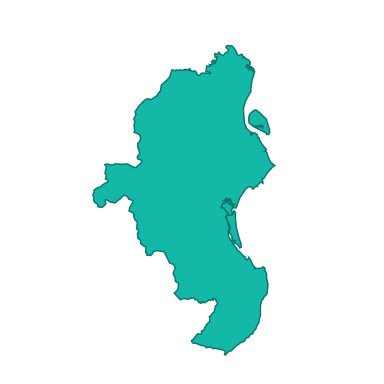 Muisne, Esmeraldas, Ecuador, rotated 193°
{"feature_id": "8360857B78809265584676", "entity_name": "Muisne", "entity_type": "district", "adm_level": 2, "iso_a3": "ECU", "parent_name": "Ecuador", "parent_adm1": "Esmeraldas", "projection": "albers", "projection_center": [-79.984, 0.54], "detail": "fine", "context": "isolated", "style": "filled", "palette": "teal", "viewbox_px": 384, "rotation_deg": 193, "n_neighbors": 0, "source": "geoboundaries", "source_scale": "gbopen_adm2", "svg_char_len": 6082}
<svg xmlns="http://www.w3.org/2000/svg" viewBox="0 0 384 384"><g transform="rotate(193 192 192)"><path d="M157.6,45.0L153.4,45.4L148.1,44.5L146.6,45.0L144.4,44.5L142.9,43.4L141.7,44.4L138.2,45.0L136.5,44.1L134.7,44.9L126.1,45.1L124.1,44.5L123.5,43.2L124.0,41.6L123.4,40.7L122.8,40.9L120.4,44.9L118.0,46.1L114.0,52.7L113.2,53.0L111.1,55.8L107.5,58.3L106.5,61.6L104.1,63.3L103.2,66.0L101.9,67.6L101.0,67.4L100.4,70.6L98.9,73.2L98.8,75.8L97.4,80.0L97.9,83.6L97.5,86.9L99.9,97.1L99.5,102.9L98.4,104.0L98.3,106.0L96.2,108.9L96.1,110.4L97.1,118.6L100.2,125.6L100.9,129.1L102.8,131.5L103.3,131.7L103.8,131.0L103.4,132.7L104.0,134.4L103.6,134.8L104.7,134.3L106.1,135.1L106.9,133.4L113.6,131.6L113.1,132.3L116.3,134.5L118.5,137.8L122.0,141.1L122.2,139.0L123.7,138.3L126.0,140.9L127.5,141.3L133.0,145.0L135.0,145.6L135.4,146.8L138.5,149.1L139.9,151.1L141.4,149.6L140.4,151.5L144.7,154.8L146.6,157.2L147.9,162.3L147.4,165.4L148.9,167.2L150.7,171.5L153.7,175.3L153.4,176.7L151.7,177.8L151.9,178.8L155.5,181.4L157.1,183.4L159.6,183.0L159.9,183.3L160.0,184.0L159.3,188.3L158.8,188.8L157.2,189.0L157.1,191.3L155.7,191.7L156.9,193.2L158.3,191.2L159.1,190.7L159.5,190.8L158.3,191.6L157.0,193.8L155.3,192.4L154.4,193.0L154.6,194.3L154.3,193.6L153.5,194.0L149.4,188.8L147.9,189.4L148.8,188.1L148.1,186.1L146.0,186.1L145.4,186.6L144.2,196.9L140.2,207.3L138.2,209.7L136.4,210.3L134.9,210.0L133.2,208.5L132.0,210.8L130.5,212.1L129.4,212.1L129.7,213.1L127.7,216.6L126.7,217.1L124.8,216.5L126.5,220.8L125.1,221.3L123.1,227.3L119.4,233.9L117.3,236.4L122.2,238.8L126.5,244.4L127.8,247.1L129.2,248.4L130.5,248.0L129.1,250.1L134.9,254.6L137.9,258.0L139.0,260.1L140.0,260.0L141.4,262.5L144.6,263.8L146.5,262.3L147.6,262.5L147.6,261.5L146.9,261.8L146.5,261.3L147.4,260.3L146.7,261.4L147.7,261.4L147.8,262.5L146.4,262.6L146.0,263.3L148.9,263.8L154.0,266.7L153.8,267.6L156.4,270.7L160.7,284.9L160.3,292.9L157.2,303.4L157.9,305.4L158.6,314.0L158.1,322.9L161.3,324.1L163.5,326.7L166.6,328.3L167.3,326.3L164.6,326.1L164.0,325.7L164.0,323.8L164.6,322.7L164.4,325.8L167.0,325.8L167.8,326.7L166.9,328.5L164.6,328.1L164.0,330.2L164.7,331.8L167.1,333.6L169.7,334.0L171.1,335.1L172.1,334.6L171.7,335.4L173.1,335.8L174.1,337.3L175.0,337.2L177.0,335.5L178.3,335.8L181.3,339.7L184.6,342.7L186.1,343.3L190.5,342.6L191.4,341.8L191.3,340.4L188.8,339.1L188.4,338.1L188.7,336.8L190.7,335.1L192.5,331.9L196.1,333.1L197.2,334.3L198.2,331.7L200.3,332.1L200.9,331.7L199.7,328.5L198.3,329.4L197.4,329.0L198.2,327.6L197.8,325.9L198.6,322.3L199.1,322.0L200.0,322.6L199.4,325.4L201.1,325.3L202.3,323.2L201.1,321.3L201.2,320.3L203.5,320.1L202.4,319.2L202.6,318.6L206.0,318.0L205.5,312.5L201.3,312.8L200.5,312.3L200.6,311.4L208.5,310.3L209.8,309.5L210.9,307.4L213.2,307.3L215.4,310.4L217.4,310.3L218.7,309.5L219.7,310.0L221.4,309.7L221.7,310.1L221.1,310.7L222.0,311.6L223.0,310.1L223.5,310.5L224.0,310.0L225.6,310.0L225.2,309.1L226.1,309.9L226.4,309.1L227.0,309.4L228.2,308.5L230.9,308.3L233.3,307.3L234.4,307.5L236.0,306.5L239.1,306.4L239.5,299.6L241.6,295.4L245.9,289.4L245.5,283.6L247.2,280.3L247.6,278.3L252.1,273.4L253.4,272.7L256.2,273.0L258.8,270.8L262.9,264.2L265.5,257.3L264.2,255.2L264.4,252.1L265.3,250.3L263.5,247.8L263.5,244.3L261.8,239.3L261.8,237.2L256.6,236.3L254.3,233.9L254.2,229.9L255.9,227.0L254.8,222.9L253.8,222.3L252.1,218.7L252.0,217.0L253.1,214.5L253.0,213.2L252.5,212.2L251.0,211.7L248.2,211.8L248.0,208.9L251.8,203.7L253.4,202.8L261.4,204.8L266.8,203.2L273.2,202.2L275.8,200.2L280.6,200.2L283.1,199.2L281.0,197.1L281.0,190.6L279.1,188.8L279.3,185.2L276.8,184.8L276.0,183.4L280.4,179.2L282.4,176.4L285.6,174.4L287.9,171.7L287.3,169.4L287.9,166.8L286.3,164.2L286.1,161.9L284.1,159.7L281.6,159.3L280.3,156.5L276.9,156.6L275.0,157.9L273.3,161.3L274.9,164.5L273.2,165.2L270.3,164.0L264.8,164.0L260.0,169.7L258.1,173.3L254.4,173.5L251.9,170.7L247.5,170.4L247.3,169.1L249.2,162.7L249.0,159.2L244.9,158.6L243.1,156.9L243.7,156.3L243.0,154.5L241.2,152.1L238.6,150.5L237.7,144.3L237.3,143.2L236.2,143.4L235.0,141.2L235.6,140.1L235.1,139.4L235.7,138.9L234.4,134.9L231.0,133.1L230.6,130.6L229.7,129.7L224.4,127.7L223.6,123.0L222.9,122.2L221.9,122.1L221.9,120.4L218.2,120.8L217.0,122.2L216.0,125.2L213.1,127.0L206.5,127.5L205.3,127.1L197.8,117.8L194.1,117.3L192.3,116.2L191.1,113.8L192.1,109.5L191.8,108.0L189.0,104.4L188.0,101.1L184.9,100.3L184.2,98.4L183.9,93.6L186.5,89.4L179.1,84.4L176.3,86.3L171.4,86.6L169.1,88.6L168.2,88.4L166.3,89.4L164.5,87.6L163.0,88.4L160.3,85.8L159.8,86.2L158.9,85.5L157.9,86.0L158.2,86.8L156.6,86.7L156.6,87.5L154.6,87.0L152.0,89.5L151.7,90.7L150.9,91.0L149.9,90.4L148.5,91.5L147.5,91.4L147.8,92.7L146.7,92.3L146.5,93.2L145.6,93.2L142.1,89.3L142.2,87.8L143.3,86.5L143.6,79.8L144.9,78.4L145.9,75.4L147.0,74.5L146.0,72.0L145.8,69.2L147.3,67.4L148.9,63.4L149.3,60.2L151.6,58.5L150.9,57.0L151.4,55.5L154.7,55.0L157.9,48.4L159.2,47.0L157.6,45.0ZM133.3,266.3L132.2,265.0L130.6,265.1L129.7,266.1L129.8,267.9L130.4,270.0L136.0,279.7L144.6,284.9L146.2,284.9L146.4,285.7L148.0,286.3L149.8,285.8L152.7,281.9L153.4,279.8L153.3,276.0L151.8,271.9L146.6,269.7L146.5,270.3L145.0,270.1L144.0,270.9L143.4,271.1L142.5,270.5L141.0,271.3L137.8,270.8L138.3,272.3L138.9,271.4L139.3,271.3L140.2,271.4L140.8,272.0L140.6,272.5L139.7,272.3L140.6,271.9L139.2,271.4L138.1,272.5L137.5,270.5L141.1,271.0L142.5,270.2L143.6,270.9L146.0,269.4L133.3,266.3ZM139.0,152.2L135.2,150.6L133.0,148.3L131.6,149.2L132.4,152.2L137.1,160.0L141.1,168.1L143.8,176.1L144.9,181.6L147.0,183.3L147.6,181.4L146.9,179.6L148.7,178.0L150.1,178.0L152.4,176.9L153.3,175.3L147.1,166.9L146.6,165.1L147.0,162.6L146.3,160.7L142.8,157.6L142.6,156.3L141.2,155.6L142.7,155.8L141.4,154.0L138.9,154.1L139.9,153.3L139.0,152.8L139.0,152.2ZM151.4,177.9L148.9,178.2L147.7,179.5L149.6,183.3L148.7,185.5L150.4,189.0L151.1,189.2L152.7,188.4L156.5,191.4L156.9,188.7L158.8,188.6L159.3,188.0L159.8,183.4L156.8,183.6L155.3,181.6L152.0,179.4L151.4,177.9ZM153.8,192.5L155.2,191.5L155.1,190.6L153.2,189.1L152.0,188.9L151.0,190.2L153.8,192.5ZM160.7,324.1L158.6,324.2L159.8,325.9L162.0,327.2L163.4,327.3L160.7,324.1Z" fill="#14b8a6" stroke="#0f766e" stroke-width="1.5"/></g></svg>